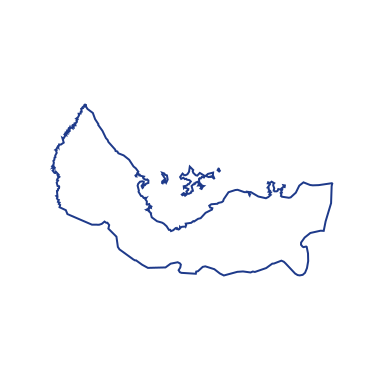 the district of Kolaka, Sulawesi Tenggara, Indonesia, rotated 131°
{"feature_id": "22746128B69202393010200", "entity_name": "Kolaka", "entity_type": "district", "adm_level": 2, "iso_a3": "IDN", "parent_name": "Indonesia", "parent_adm1": "Sulawesi Tenggara", "projection": "mercator", "projection_center": [121.519, -4.102], "detail": "fine", "context": "isolated", "style": "outline", "palette": "blue", "viewbox_px": 384, "rotation_deg": 131, "n_neighbors": 0, "source": "geoboundaries", "source_scale": "gbopen_adm2", "svg_char_len": 6113}
<svg xmlns="http://www.w3.org/2000/svg" viewBox="0 0 384 384"><g transform="rotate(131 192 192)"><path d="M290.4,282.0L288.5,275.3L290.4,271.5L282.3,246.1L277.6,240.6L275.3,239.2L271.7,238.6L271.5,236.5L270.7,235.7L271.3,232.8L274.5,231.1L275.3,219.7L282.1,211.9L282.9,209.1L281.4,192.1L281.0,190.1L280.3,189.4L279.6,181.9L278.2,175.5L266.3,162.5L260.1,161.1L254.4,156.7L253.8,154.3L254.1,152.8L256.7,151.3L259.8,150.8L260.5,148.6L260.0,147.0L251.2,135.5L249.3,136.6L247.8,135.5L241.5,134.8L239.4,133.2L235.6,124.5L235.2,117.5L234.1,113.2L222.5,105.4L218.5,101.4L214.3,95.0L212.1,93.9L211.1,92.1L200.7,86.1L193.4,84.4L192.2,83.2L185.2,79.5L184.4,77.0L184.5,74.6L185.9,60.7L185.4,57.8L184.3,56.0L181.9,54.1L178.8,53.7L174.0,55.3L167.9,59.0L162.3,64.1L158.2,69.4L158.3,70.1L160.5,71.7L160.7,72.7L160.3,75.1L158.6,76.5L152.5,77.1L145.3,75.8L136.9,69.6L134.9,67.1L126.5,71.9L109.2,79.7L95.9,90.5L93.6,91.7L93.6,92.2L103.7,100.9L107.7,105.2L109.2,107.4L111.6,114.2L116.8,115.2L124.4,113.2L131.3,114.0L132.8,115.1L136.6,121.1L136.6,122.3L135.6,122.6L134.6,124.4L133.5,123.8L132.8,125.3L131.0,125.4L129.4,126.6L132.1,127.0L133.2,128.8L134.9,128.2L135.9,128.5L137.4,130.2L137.2,131.4L135.2,132.4L133.8,135.0L132.4,135.9L131.4,135.8L132.0,138.7L134.0,139.0L134.7,140.9L135.7,140.5L135.0,139.5L135.2,138.2L139.1,137.8L138.7,136.7L140.0,135.5L139.9,134.1L141.5,134.2L140.5,132.2L142.9,132.1L142.6,130.7L145.7,131.1L148.2,132.1L151.9,139.0L153.5,147.6L154.6,148.1L154.2,148.3L154.7,149.1L154.7,148.4L155.6,148.0L155.5,147.6L155.8,146.8L156.0,146.7L156.3,147.1L156.4,146.9L156.6,146.7L156.6,146.4L156.8,146.3L156.7,146.7L156.4,147.1L155.9,146.8L155.7,148.0L154.8,148.9L157.8,152.5L160.4,159.0L162.1,160.6L168.2,164.3L176.7,163.3L178.5,162.5L180.2,162.9L183.0,165.0L184.2,165.1L188.6,169.4L191.0,170.0L191.8,168.2L190.9,166.0L192.2,165.4L198.8,168.1L206.1,168.3L208.2,169.8L212.9,171.1L213.1,171.9L215.8,172.4L220.0,176.0L220.9,174.6L222.2,174.2L221.9,175.0L222.4,174.3L224.8,176.7L226.4,177.3L226.3,178.1L227.2,177.5L226.7,177.2L227.7,177.2L227.4,177.9L227.7,177.3L229.2,177.7L229.4,179.5L228.3,179.6L228.8,179.8L229.9,179.4L230.1,180.7L233.2,181.1L235.3,182.2L234.9,183.7L235.7,184.6L234.5,188.7L234.4,192.6L234.8,194.6L237.0,199.2L237.5,205.8L235.4,208.9L234.9,209.0L234.8,212.1L233.5,211.8L234.4,212.2L233.7,213.0L234.7,213.9L234.1,213.9L234.5,214.5L232.5,213.7L232.6,214.2L231.5,214.6L231.0,213.1L230.7,213.7L230.3,212.9L229.6,213.1L230.0,215.0L229.2,216.4L231.0,217.6L231.0,218.2L228.7,219.9L228.1,222.4L226.7,222.6L227.6,223.0L227.2,223.6L228.2,224.6L227.7,226.7L228.4,227.9L226.9,232.5L225.8,233.0L222.9,237.2L221.1,238.0L218.4,238.0L216.5,236.5L215.8,235.2L217.0,234.3L220.5,234.0L221.4,232.0L220.7,231.9L219.9,233.3L219.2,233.5L218.8,232.7L218.0,233.5L217.5,232.0L215.9,232.1L213.8,230.9L211.9,232.5L211.9,234.1L213.0,234.6L213.7,237.4L213.3,238.3L211.9,238.4L213.5,241.5L213.3,242.7L214.0,242.8L213.2,245.1L213.8,245.4L213.9,244.9L214.5,244.6L216.3,245.3L216.8,244.3L217.0,244.6L216.6,245.5L214.4,244.9L213.8,245.7L211.9,245.8L211.0,249.9L211.1,252.9L208.9,260.6L209.2,267.6L211.1,273.0L210.4,274.9L211.2,276.6L210.4,277.8L209.1,287.9L208.1,289.8L207.8,292.3L204.6,299.7L202.9,306.8L202.2,307.2L200.6,312.9L197.4,318.7L197.9,325.4L197.0,328.2L195.9,329.1L196.2,330.1L197.0,330.3L198.2,329.4L198.4,330.0L200.1,330.2L200.4,329.4L201.9,330.2L203.7,328.0L204.4,328.6L205.9,327.5L207.3,328.9L208.2,327.6L210.3,327.1L212.6,327.5L212.2,326.0L214.1,325.9L214.5,324.9L215.8,324.8L217.0,325.5L217.4,324.8L217.7,325.3L218.2,324.8L218.7,325.2L218.7,324.2L219.6,325.0L219.6,324.5L220.1,324.6L220.8,323.8L221.1,325.1L222.2,324.0L222.3,325.1L223.6,325.6L223.1,326.6L224.0,326.3L224.6,326.9L225.3,326.6L225.0,325.9L225.5,326.3L225.0,325.5L226.2,324.3L226.8,324.5L226.4,325.3L227.1,324.9L226.8,325.6L227.5,326.4L227.8,325.8L228.6,326.0L228.7,325.1L229.7,326.0L229.9,325.2L230.4,326.2L231.1,326.1L230.8,325.0L231.6,325.5L231.9,324.3L232.5,325.2L232.7,324.6L234.8,324.2L235.5,324.7L235.7,324.1L236.2,324.0L236.3,325.2L238.9,321.2L242.3,322.1L243.3,323.5L244.5,322.8L245.2,323.2L245.9,322.4L245.8,322.9L246.6,323.0L248.4,322.4L249.8,322.7L249.5,321.5L250.3,321.3L251.2,319.8L254.3,319.1L255.4,317.9L256.2,318.3L258.1,317.0L259.5,317.0L260.5,315.5L262.2,314.5L264.1,314.4L263.6,313.4L264.6,313.3L263.7,312.9L263.7,311.9L264.4,312.1L264.6,311.3L265.4,312.1L266.4,310.8L267.3,311.1L267.8,308.3L267.4,307.7L266.0,308.1L266.4,304.4L267.3,304.8L268.2,303.1L267.4,302.6L267.5,302.0L269.9,302.3L271.5,301.8L271.2,300.7L273.7,300.3L274.9,298.5L275.6,298.8L275.1,298.3L275.7,297.3L274.9,296.3L275.2,295.6L276.5,294.8L277.8,295.1L278.8,294.2L279.8,294.6L282.9,291.4L284.0,291.8L284.0,290.2L285.3,289.9L285.8,288.6L285.4,287.3L287.4,286.7L286.9,285.0L288.4,284.7L288.3,283.0L290.4,282.0ZM190.5,192.1L187.8,196.2L185.8,196.1L184.6,195.3L184.1,195.8L183.4,195.1L182.7,195.5L180.8,194.6L181.1,192.0L183.0,191.6L182.0,190.7L181.9,189.6L182.6,187.8L183.7,187.8L183.4,186.8L181.1,187.3L179.7,187.0L180.5,188.3L180.1,192.7L177.6,195.3L176.6,195.3L176.1,194.3L174.2,194.5L173.2,192.5L171.5,192.8L172.5,198.6L176.2,198.8L176.9,200.2L176.7,203.6L175.8,205.2L174.6,205.5L174.3,210.3L178.7,207.5L181.6,207.1L183.6,207.9L184.4,208.9L184.3,211.2L188.5,210.8L189.2,208.8L186.9,207.9L187.0,205.9L185.9,205.1L186.0,203.9L184.7,201.7L184.8,199.8L188.2,199.5L188.7,200.2L190.7,200.2L193.1,202.0L194.2,200.8L193.5,200.8L192.1,196.7L193.0,196.2L195.2,196.6L196.4,194.4L195.4,193.2L193.0,192.2L192.1,192.9L190.5,192.1ZM200.9,219.9L201.9,217.6L198.6,218.5L195.9,221.8L196.7,223.7L196.2,225.0L197.0,227.0L197.4,225.9L198.2,226.1L199.7,220.7L203.6,221.4L204.8,220.5L204.7,220.0L203.2,220.8L202.6,220.2L203.5,218.6L201.8,219.9L200.9,219.9ZM167.5,187.1L167.4,183.5L166.2,186.0L166.7,186.5L163.5,188.8L167.8,191.8L170.2,192.2L170.6,191.5L169.8,189.2L167.5,187.7L168.0,187.5L167.5,187.1ZM199.3,194.8L197.8,194.5L197.6,195.0L198.3,197.6L200.6,198.0L200.7,197.1L198.9,196.1L199.3,194.8ZM156.2,187.5L158.7,187.0L158.7,185.0L157.7,184.9L157.1,186.8L156.2,187.5ZM126.9,127.5L127.7,125.6L127.5,125.3L126.1,126.2L126.9,127.5Z" fill="none" stroke="#1e3a8a" stroke-width="2"/></g></svg>